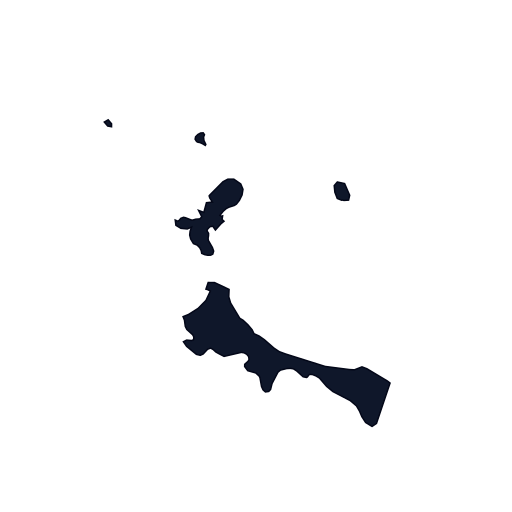 an SVG outline of Livorno, rotated 133°
{"feature_id": "ITA-5380", "entity_name": "Livorno", "entity_type": "Province", "adm_level": 1, "iso_a3": "ITA", "parent_name": "Italy", "parent_adm1": "", "projection": "albers", "projection_center": [10.397, 42.98], "detail": "fine", "context": "isolated", "style": "filled", "palette": "ink", "viewbox_px": 512, "rotation_deg": 133, "n_neighbors": 0, "source": "natural_earth", "source_scale": "10m", "svg_char_len": 2457}
<svg xmlns="http://www.w3.org/2000/svg" viewBox="0 0 512 512"><g transform="rotate(133 256 256)"><path d="M350.1,268.0L344.8,265.5L333.7,262.6L322.6,262.3L312.7,265.5L313.7,268.7L314.4,270.0L308.0,272.9L303.7,268.2L298.8,252.9L304.4,248.1L307.7,242.5L312.6,225.4L311.8,221.7L311.8,215.1L312.6,208.5L314.2,204.5L312.4,199.2L311.5,192.7L311.1,180.1L310.1,173.8L307.5,167.6L289.6,130.1L275.3,110.2L272.1,106.4L264.8,102.9L262.8,98.0L257.8,74.6L257.5,71.3L296.3,53.7L301.5,54.9L303.0,62.3L301.3,69.0L298.9,74.4L297.1,80.3L297.5,88.5L302.7,107.3L303.2,115.4L302.0,126.4L302.8,130.3L304.2,133.9L306.0,136.0L307.1,136.2L309.4,135.9L310.4,136.2L312.2,139.2L312.3,147.8L313.0,151.7L314.7,154.2L317.4,156.8L322.8,160.3L326.0,160.7L338.3,157.3L343.7,154.3L346.4,154.3L349.0,156.4L349.1,159.5L347.7,162.9L342.4,170.0L341.7,171.6L341.7,176.4L345.5,183.8L344.6,188.9L342.9,190.4L338.4,190.0L336.4,190.5L334.6,192.8L334.2,195.7L334.9,198.6L336.5,201.0L351.2,210.9L352.7,216.3L353.6,219.9L353.6,223.5L354.3,226.4L357.2,227.8L363.7,227.8L366.6,229.0L368.6,232.5L369.4,245.1L368.2,250.6L364.8,249.4L361.6,245.3L359.7,244.6L357.6,246.3L356.8,248.6L356.9,256.5L355.7,259.7L351.7,264.6L350.1,268.0ZM291.1,297.5L289.4,299.8L288.3,302.9L288.2,306.6L289.6,310.2L288.1,315.4L285.9,318.8L282.8,321.1L278.8,322.8L283.1,324.7L287.0,329.8L288.2,335.5L284.8,339.6L283.8,336.8L282.0,336.5L279.8,336.7L277.1,335.4L276.1,333.7L273.9,328.2L273.2,327.0L270.2,325.2L267.2,322.4L264.3,322.4L261.8,329.1L259.7,323.9L250.8,328.6L246.3,324.7L245.1,329.4L244.0,331.3L242.7,331.4L224.1,330.8L219.0,329.0L214.9,324.6L213.7,316.3L216.1,311.0L220.9,307.8L226.6,306.1L231.4,305.7L233.8,306.3L238.8,309.1L241.6,310.1L245.6,310.5L250.9,310.1L250.7,308.6L250.6,308.3L250.2,308.3L249.4,307.8L252.4,305.7L252.4,303.4L252.4,303.1L256.3,303.6L264.7,303.4L263.7,307.9L266.1,309.7L269.4,309.7L271.0,309.0L271.8,306.1L273.6,304.5L275.6,303.2L277.1,301.5L279.5,293.7L281.3,290.3L284.1,288.9L286.3,289.7L288.3,291.7L290.0,294.4L291.1,297.5ZM155.2,229.4L155.6,229.9L156.0,230.8L156.8,231.4L158.5,235.8L155.6,241.8L151.2,246.8L146.4,247.0L142.6,240.6L147.7,228.9L152.0,226.4L155.2,229.4ZM211.3,374.4L212.3,375.9L212.7,376.8L212.7,378.0L212.1,380.2L210.0,381.5L206.8,381.4L203.8,380.4L201.9,378.6L202.4,376.4L204.7,375.5L207.0,372.9L208.6,368.8L209.7,368.5L210.4,371.8L211.3,374.4ZM257.8,451.8L260.0,449.8L262.1,453.1L261.5,458.3L257.2,457.0L257.8,451.8Z" fill="#0f172a" stroke="#020617" stroke-width="1.5"/></g></svg>